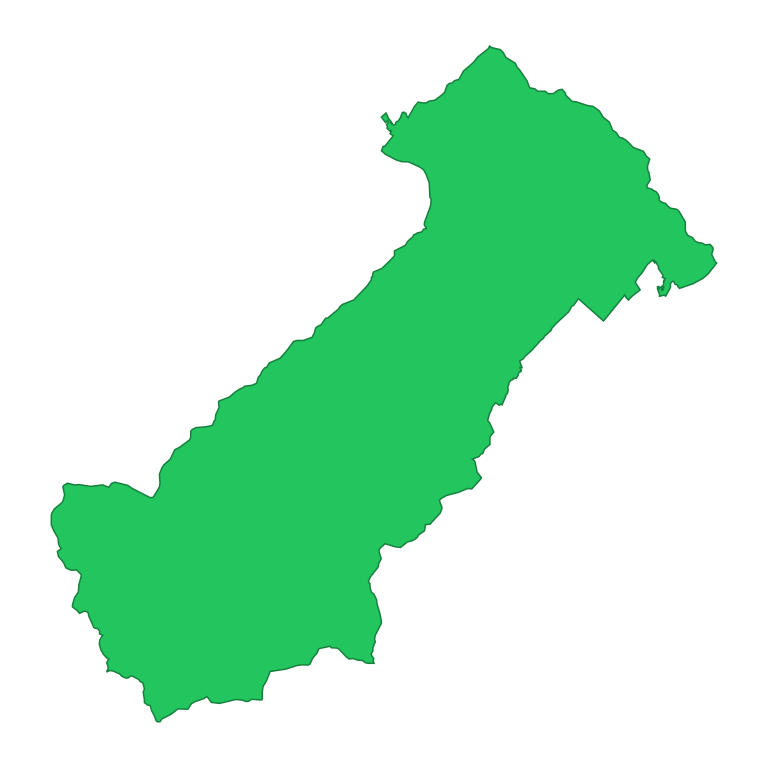 the district of Caiuti, Bacau, Romania
{"feature_id": "2599482B38271521863944", "entity_name": "Caiuti", "entity_type": "district", "adm_level": 2, "iso_a3": "ROU", "parent_name": "Romania", "parent_adm1": "Bacau", "projection": "mercator", "projection_center": [26.906, 46.152], "detail": "fine", "context": "isolated", "style": "filled", "palette": "green", "viewbox_px": 768, "rotation_deg": 0, "n_neighbors": 0, "source": "geoboundaries", "source_scale": "gbopen_adm2", "svg_char_len": 6058}
<svg xmlns="http://www.w3.org/2000/svg" viewBox="0 0 768 768"><path d="M251.5,699.3L261.7,700.0L262.4,698.3L262.2,692.7L263.0,686.6L266.6,680.6L270.1,671.5L285.8,669.1L296.6,665.6L302.3,664.8L307.9,665.1L309.8,664.3L312.8,657.9L317.0,653.1L318.7,648.9L319.4,648.5L330.0,646.3L331.4,647.8L336.6,648.0L338.7,648.9L346.4,657.0L349.2,659.0L353.2,658.6L357.9,660.2L362.5,660.5L365.1,662.6L367.9,663.3L374.0,663.3L373.2,661.0L373.7,658.6L371.1,654.4L372.9,650.8L372.9,647.5L375.3,641.9L374.6,639.0L375.2,635.5L381.3,623.5L381.3,620.8L379.9,613.5L377.1,604.4L376.5,599.5L374.0,594.4L371.3,591.9L370.2,588.3L369.9,583.5L368.6,582.1L368.5,581.3L370.3,577.0L377.8,567.5L378.5,566.1L378.6,563.9L381.2,558.7L379.1,551.9L379.1,549.8L380.3,548.0L385.1,543.7L395.2,546.8L400.6,547.4L407.4,542.0L412.7,540.6L415.3,538.9L417.5,537.2L418.3,535.2L424.6,530.7L425.4,524.7L430.1,524.1L440.2,513.1L441.9,508.7L441.7,506.5L439.3,500.3L442.1,497.9L446.7,495.4L458.3,492.4L467.7,488.5L471.8,488.9L480.6,479.2L481.5,477.8L477.1,472.2L475.1,462.2L474.2,460.5L472.4,459.1L479.2,456.4L480.6,454.3L482.8,453.4L484.4,449.3L490.0,444.4L489.9,437.8L490.4,436.2L493.8,432.0L489.9,423.3L487.7,420.4L489.3,414.3L491.6,409.6L492.3,406.7L495.7,402.7L499.3,405.3L501.0,404.2L502.1,404.8L505.7,396.5L505.3,395.6L506.9,394.2L507.8,392.0L508.2,389.9L507.8,386.9L508.9,384.2L508.9,382.8L510.9,380.2L512.3,379.9L513.1,378.8L514.3,379.1L513.8,378.8L513.8,378.1L516.4,378.2L518.2,375.1L518.9,372.4L520.0,371.5L520.7,371.8L521.3,370.7L520.9,369.9L521.2,369.2L519.9,367.7L520.8,367.0L521.9,367.4L519.7,361.0L523.4,358.7L524.9,356.5L531.6,350.5L541.1,340.0L543.1,338.7L544.7,336.1L551.0,330.5L551.9,328.3L556.0,323.7L568.7,311.8L571.8,306.2L573.7,305.3L578.4,298.7L603.5,321.0L624.8,295.0L626.2,297.8L628.4,300.0L632.7,295.7L640.2,289.9L635.3,282.4L637.5,278.1L642.1,272.8L647.2,264.7L652.2,260.3L653.9,260.3L653.4,261.4L654.3,262.3L655.3,260.8L655.0,262.9L656.4,262.3L657.1,264.5L658.2,265.6L658.5,268.7L662.8,274.9L663.1,276.0L662.3,277.4L665.0,278.6L664.6,278.8L664.7,280.2L664.0,280.2L663.4,281.7L663.8,281.8L663.7,283.9L662.4,286.6L663.9,286.9L662.6,290.4L661.8,290.5L661.5,289.6L662.0,288.1L661.4,286.6L659.1,288.7L658.9,286.6L657.5,286.7L657.5,288.9L659.5,294.5L659.5,296.3L664.2,295.1L665.7,296.1L670.4,287.6L670.6,283.3L672.6,281.2L673.5,281.2L675.0,284.2L677.8,285.2L677.7,286.3L679.5,288.4L693.1,283.7L703.0,278.3L708.2,273.8L716.7,263.0L715.4,262.0L711.7,254.4L713.1,249.6L712.9,247.6L710.1,244.4L705.2,244.9L702.5,243.2L698.1,242.6L695.1,241.1L692.7,237.8L687.6,235.2L685.3,230.8L685.3,222.0L679.1,211.4L676.6,209.2L670.4,208.2L667.2,205.6L665.8,203.5L662.8,202.7L659.7,200.8L659.0,199.9L659.4,197.8L658.4,194.6L656.0,191.6L653.0,190.3L652.2,189.3L647.2,187.8L646.9,185.4L650.2,179.9L648.8,172.1L647.7,170.1L647.5,166.1L649.7,159.0L646.5,156.3L643.4,151.3L633.4,147.5L626.2,140.3L622.8,138.2L619.3,137.3L616.2,132.5L612.7,130.3L609.3,122.0L603.3,117.4L599.5,111.1L593.1,106.4L587.4,105.5L576.1,101.8L572.1,101.4L566.0,95.4L565.1,92.6L562.1,89.3L558.0,90.2L553.5,93.5L549.3,93.7L548.0,93.5L545.1,91.2L537.7,91.2L535.0,88.9L529.6,87.7L527.0,80.8L519.8,70.1L517.0,67.1L515.3,63.3L505.7,57.3L503.4,52.7L500.3,49.6L492.0,47.7L489.5,46.1L488.5,48.5L477.7,57.0L473.3,62.6L463.5,71.0L458.9,79.4L454.7,80.6L451.8,83.2L449.2,83.5L447.0,85.4L444.7,92.2L441.9,94.9L434.8,100.2L428.9,101.2L426.4,102.8L423.3,103.0L418.1,102.1L414.5,106.4L408.1,117.7L406.8,116.2L405.8,113.1L404.7,113.2L403.9,112.1L402.3,112.6L400.3,117.9L397.9,121.4L396.9,121.4L395.7,122.7L395.7,124.0L393.6,125.3L392.2,123.4L391.9,123.8L390.6,122.8L391.4,122.0L387.7,117.4L387.9,116.8L386.0,113.0L381.4,117.1L385.6,122.6L387.8,120.6L388.3,122.8L386.5,124.6L387.4,126.4L387.0,128.3L390.0,131.2L390.4,130.6L391.4,131.3L390.1,133.7L393.2,135.8L384.9,146.2L383.2,146.3L381.4,150.7L385.4,154.3L396.6,160.1L402.0,161.7L408.3,161.8L419.5,166.9L423.5,169.7L426.1,174.3L429.2,182.7L429.9,197.2L431.1,199.2L430.8,204.1L429.9,207.7L424.4,222.7L424.4,225.4L426.4,227.9L426.2,228.5L423.5,229.2L422.3,231.3L421.1,232.1L417.5,232.8L415.6,234.3L414.0,234.5L412.6,237.0L408.3,240.7L405.3,245.3L394.4,250.9L394.5,255.8L389.7,260.9L381.9,268.4L373.5,272.0L372.7,274.0L372.7,276.4L371.5,277.1L371.2,280.0L366.8,286.3L363.8,289.4L353.7,300.0L342.7,304.3L340.0,306.5L339.0,308.5L337.0,310.3L327.7,318.0L325.5,318.3L321.0,324.9L318.1,326.1L315.6,328.0L314.4,332.8L312.1,337.3L303.1,340.5L297.6,340.4L293.6,341.4L286.9,350.5L280.1,358.2L269.2,363.0L266.7,367.3L264.5,368.0L262.3,370.8L260.4,374.8L258.2,377.4L256.6,383.2L252.0,385.3L244.6,386.2L242.7,388.0L240.7,388.5L235.6,391.7L229.3,397.1L219.0,401.0L218.5,402.3L219.1,407.4L215.8,414.6L215.1,420.0L214.0,421.2L212.6,424.9L211.0,425.8L204.7,426.9L196.0,427.6L192.2,429.5L190.8,431.1L190.7,437.5L189.4,440.0L179.9,447.1L174.8,449.7L170.2,459.2L163.6,465.1L162.0,467.7L159.4,474.2L160.0,483.5L159.4,487.1L153.1,497.4L150.1,497.6L132.2,488.4L127.9,485.4L114.9,482.2L111.7,483.3L108.7,487.3L102.7,484.9L90.5,486.4L79.2,484.6L74.8,485.0L67.4,483.2L63.7,485.4L62.9,486.8L64.6,495.0L62.7,501.9L54.5,508.8L51.9,512.9L51.3,515.4L51.3,525.0L53.9,531.0L58.1,538.1L58.5,543.4L59.3,545.9L61.2,548.8L57.4,551.3L58.4,556.4L63.5,562.4L65.9,567.9L71.0,570.2L76.6,570.0L81.0,574.4L81.3,575.9L78.9,584.6L78.3,592.2L74.5,597.7L72.4,605.2L72.5,607.0L76.9,610.3L79.5,613.4L84.5,611.1L87.4,612.0L88.1,612.7L88.9,616.4L93.7,627.2L95.0,628.2L97.6,628.5L99.7,631.3L99.5,633.9L102.5,635.1L99.8,640.0L99.3,644.3L100.9,649.9L103.5,654.4L106.9,658.1L108.7,659.0L106.6,662.8L107.8,665.7L108.2,668.9L106.8,671.1L107.0,671.8L110.1,670.5L113.3,671.1L119.6,673.9L122.0,676.4L126.3,678.2L128.3,677.8L130.6,675.9L132.4,676.1L138.5,679.4L140.4,681.7L142.8,682.8L144.3,688.3L144.3,689.5L143.2,692.0L144.4,699.6L144.4,702.6L147.5,705.0L150.2,705.6L151.7,710.7L154.5,716.1L156.2,720.9L157.8,721.9L160.1,721.7L161.8,719.0L170.9,714.3L178.0,708.9L187.9,709.2L191.4,703.8L195.0,701.6L203.6,698.7L207.1,696.5L211.3,702.4L219.6,703.4L235.9,699.5L242.2,700.1L246.1,701.5L248.7,701.2L251.5,699.3Z" fill="#22c55e" stroke="#15803d" stroke-width="1.5"/></svg>